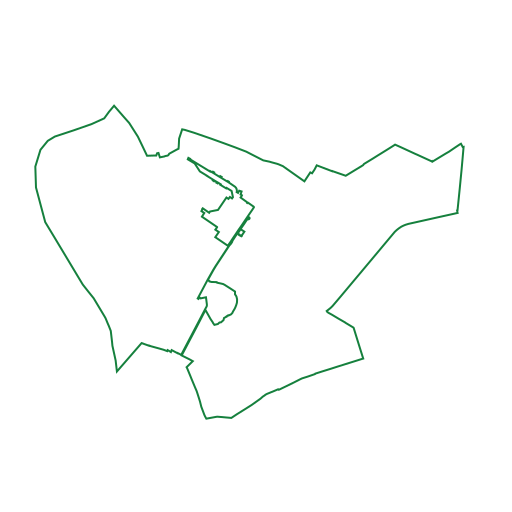 the district of Chiscani, Braila, Romania, rotated 176°
{"feature_id": "2599482B97827477335554", "entity_name": "Chiscani", "entity_type": "district", "adm_level": 2, "iso_a3": "ROU", "parent_name": "Romania", "parent_adm1": "Braila", "projection": "orthographic", "projection_center": [27.902, 45.204], "detail": "fine", "context": "isolated", "style": "outline", "palette": "green", "viewbox_px": 512, "rotation_deg": 176, "n_neighbors": 0, "source": "geoboundaries", "source_scale": "gbopen_adm2", "svg_char_len": 5187}
<svg xmlns="http://www.w3.org/2000/svg" viewBox="0 0 512 512"><g transform="rotate(176 256 256)"><path d="M387.1,415.8L392.6,410.1L397.8,403.9L410.7,399.1L429.0,394.1L448.3,389.2L452.0,387.3L455.7,385.4L463.6,377.0L469.9,360.6L470.7,339.7L463.9,304.5L455.7,288.5L435.4,248.6L430.8,239.6L425.9,232.4L420.9,225.2L411.2,206.1L410.4,204.4L408.5,198.7L407.7,196.5L406.1,191.4L405.6,180.5L405.5,176.5L403.3,161.5L403.2,159.1L402.8,150.5L399.9,153.4L382.5,170.8L376.2,177.1L371.4,175.0L368.9,173.9L368.8,174.1L367.1,173.3L366.5,173.1L359.1,170.5L354.7,168.9L351.2,167.3L350.7,168.3L349.5,167.5L347.6,166.1L346.7,168.0L340.9,164.4L340.8,164.6L337.5,162.6L317.6,194.8L310.5,206.4L308.7,209.2L308.4,210.4L308.4,211.5L308.5,213.4L308.7,216.9L308.8,218.3L314.2,217.6L315.3,218.7L315.6,218.5L316.4,217.2L317.1,217.7L305.8,235.8L299.5,245.3L297.0,248.8L282.6,267.7L278.4,273.2L276.3,276.1L273.0,280.3L270.9,282.9L271.5,283.4L275.2,278.6L276.5,277.0L279.5,273.1L280.1,272.2L280.5,271.8L283.4,268.2L295.3,277.6L291.4,282.5L294.7,285.1L292.8,287.4L292.8,287.6L307.2,299.0L304.6,302.5L307.3,304.6L306.2,306.3L306.4,306.6L305.8,307.3L299.7,302.4L298.8,303.6L290.7,304.6L281.4,316.4L279.5,314.9L277.9,316.7L275.9,315.1L274.9,316.3L275.8,322.6L280.6,326.0L281.0,325.5L286.6,329.5L286.2,330.0L288.7,331.8L289.2,331.1L290.4,331.9L289.9,332.6L292.2,334.2L292.7,333.5L293.8,334.4L293.3,335.0L299.3,339.3L299.2,339.4L306.1,344.3L310.7,352.6L317.3,357.2L316.8,358.2L316.6,358.6L316.0,358.2L315.2,357.7L315.5,357.4L309.2,352.9L296.0,343.5L295.8,343.9L293.7,342.4L293.1,343.1L291.9,342.3L292.4,341.5L286.7,337.4L286.1,338.2L284.8,337.3L285.4,336.5L279.3,332.2L278.9,332.7L277.9,332.0L278.2,331.4L272.0,326.5L271.2,325.4L270.8,324.6L270.7,324.0L270.6,323.3L270.5,322.6L270.6,322.0L270.7,321.3L270.8,321.1L269.5,320.2L268.2,322.3L265.9,321.4L267.1,318.4L265.8,317.5L266.1,316.9L267.3,315.4L261.3,310.4L261.3,309.7L261.1,309.5L260.9,309.7L260.6,309.6L260.2,309.7L254.8,305.3L254.7,304.7L256.6,302.2L258.6,299.7L265.3,291.2L267.7,288.1L270.5,284.6L269.9,284.1L266.8,288.0L264.3,291.0L262.8,292.9L260.8,295.6L260.4,295.0L260.1,294.9L260.0,294.7L259.8,294.5L259.8,294.2L259.8,293.9L260.0,293.6L260.2,293.4L260.7,293.2L261.3,293.1L262.0,293.0L262.4,292.9L262.8,292.5L265.7,288.7L268.6,285.1L269.6,283.9L265.9,281.1L268.1,278.3L268.4,277.9L268.6,277.4L268.7,277.2L269.0,277.4L269.3,277.0L269.4,276.8L269.9,277.1L271.0,277.8L271.4,278.1L271.1,278.5L271.3,278.6L271.4,278.8L271.7,279.1L271.9,279.3L272.1,279.6L272.3,279.3L272.7,279.7L271.7,281.0L271.2,281.7L270.8,282.1L270.4,282.6L270.7,282.8L275.2,277.1L277.0,274.7L278.4,272.9L278.6,272.3L278.8,271.8L279.1,271.3L280.2,269.9L281.0,269.1L281.6,268.6L282.5,267.5L296.8,248.8L299.4,245.1L305.6,235.6L304.6,234.6L304.5,234.4L304.4,234.0L304.3,233.9L303.8,233.8L303.8,233.7L302.2,233.2L297.2,232.7L297.2,232.4L296.4,232.0L292.9,231.0L290.7,230.3L289.6,229.6L289.4,229.5L287.8,228.3L284.0,225.5L279.4,222.0L279.6,219.2L278.7,217.7L278.3,216.7L277.9,214.2L278.0,212.9L278.2,211.2L278.4,210.4L279.2,208.3L280.3,206.0L281.2,204.5L282.2,203.1L282.9,202.1L283.5,200.9L285.0,199.5L287.4,198.6L287.5,198.8L288.1,198.7L289.8,197.7L289.7,197.5L292.2,196.4L292.9,194.3L295.5,192.3L297.1,192.2L298.8,190.8L301.3,190.4L302.3,190.2L303.5,192.1L303.8,192.9L305.7,196.2L310.2,205.7L320.5,188.8L337.1,162.0L329.3,157.4L326.4,155.5L333.0,149.9L332.5,148.8L329.9,141.0L328.8,137.6L325.9,129.0L324.9,126.2L324.7,125.6L324.4,124.5L323.7,121.7L322.9,118.4L322.0,114.6L321.1,109.5L318.6,101.1L318.1,99.8L316.9,97.2L307.1,98.3L305.9,98.4L300.6,97.6L298.2,97.2L291.9,96.2L285.7,99.7L279.1,103.2L270.9,107.6L261.4,113.4L259.1,115.2L256.8,116.5L256.4,116.9L254.6,117.7L251.8,118.6L250.4,119.1L249.3,119.4L243.2,121.5L242.7,121.0L241.9,121.2L228.0,126.8L220.4,130.0L218.6,130.7L212.8,132.1L205.4,134.1L205.1,134.5L197.7,136.3L189.2,138.3L182.7,139.9L168.0,143.4L156.7,146.1L156.2,146.2L158.4,155.4L160.6,164.7L163.6,177.5L163.8,177.8L171.5,183.2L171.6,183.4L178.0,187.7L184.3,192.1L187.4,194.1L188.7,195.1L189.3,196.2L185.9,198.5L184.6,199.5L183.0,200.9L174.4,209.7L139.5,245.9L118.3,267.9L115.9,270.4L113.8,272.1L111.6,273.6L109.0,275.1L106.8,276.0L104.7,276.7L101.7,277.4L72.6,281.8L55.8,284.3L51.9,284.9L52.0,285.4L52.1,286.8L52.2,287.4L51.8,287.5L50.8,293.2L47.9,310.0L44.9,327.8L43.5,336.5L41.3,350.4L42.2,350.3L43.7,353.7L44.6,353.3L49.7,350.4L56.2,346.6L59.7,344.9L73.5,337.8L73.8,338.4L74.2,338.2L88.5,346.0L89.7,346.6L103.9,354.4L109.5,357.4L110.9,356.6L116.3,353.7L118.0,352.8L125.0,349.1L127.5,347.8L132.9,344.9L141.8,340.3L142.9,339.1L160.9,329.8L173.5,335.2L173.9,335.4L174.0,335.2L189.1,342.2L191.6,338.1L194.3,334.6L196.0,335.6L202.5,327.1L223.1,343.9L224.0,344.3L227.1,345.9L228.8,346.6L234.0,348.4L235.8,349.1L242.1,350.9L252.9,357.4L258.5,360.8L269.4,365.9L280.1,370.7L292.8,376.3L309.3,383.3L318.3,386.8L318.7,386.9L320.8,387.5L324.5,378.5L325.4,371.0L325.8,368.4L327.6,367.7L335.4,364.1L336.1,363.1L336.6,362.6L337.3,362.3L338.2,362.2L339.1,362.1L339.7,362.0L340.4,361.7L345.0,361.1L346.1,365.6L347.5,365.4L348.5,363.2L349.9,363.3L357.7,363.6L361.6,373.5L365.5,383.3L367.4,386.8L373.2,397.5L379.1,405.2L385.2,413.3L387.1,415.8Z" fill="none" stroke="#15803d" stroke-width="2"/></g></svg>